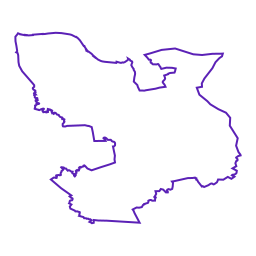 Zaļesjes pag., Zilupes, Latvia (Natural Earth projection)
{"feature_id": "27541924B33285860517164", "entity_name": "Zaļesjes pag.", "entity_type": "district", "adm_level": 2, "iso_a3": "LVA", "parent_name": "Latvia", "parent_adm1": "Zilupes", "projection": "natural_earth1", "projection_center": [28.074, 56.351], "detail": "fine", "context": "isolated", "style": "outline", "palette": "violet", "viewbox_px": 256, "rotation_deg": 0, "n_neighbors": 0, "source": "geoboundaries", "source_scale": "gbopen_adm2", "svg_char_len": 5642}
<svg xmlns="http://www.w3.org/2000/svg" viewBox="0 0 256 256"><path d="M107.0,220.7L139.6,222.7L134.6,213.2L133.5,210.6L132.7,209.5L136.6,207.5L139.1,207.7L141.8,207.1L143.1,204.9L144.3,204.4L144.2,204.0L147.9,202.9L148.4,201.9L148.3,200.8L148.5,200.6L150.1,200.0L151.0,200.0L152.2,200.7L155.0,200.6L155.2,198.1L154.9,197.8L155.5,197.6L155.4,197.4L155.5,197.3L155.0,196.9L155.3,196.8L154.9,196.2L156.2,193.9L155.5,191.2L159.4,191.1L160.8,189.0L163.2,189.6L165.9,192.4L167.8,192.4L167.9,192.0L166.9,190.4L167.4,189.6L168.6,189.1L170.4,189.7L172.2,188.9L172.7,186.5L173.0,182.9L172.0,181.5L174.0,181.2L187.8,178.1L192.6,178.0L195.0,177.6L195.3,178.0L195.7,178.1L195.5,178.4L196.1,178.8L196.4,178.8L196.3,179.7L197.4,180.2L197.9,181.5L201.3,185.8L201.9,186.5L202.2,186.2L202.7,186.1L204.1,187.0L208.4,185.2L210.3,183.9L211.3,183.5L212.2,183.6L213.3,184.3L213.7,184.4L214.5,184.0L216.8,182.4L217.2,181.8L218.1,179.5L223.3,179.7L227.8,176.9L231.4,178.8L234.4,176.7L231.9,175.3L232.4,174.8L234.5,174.5L235.9,173.7L236.5,172.9L236.8,170.7L232.5,168.4L236.3,166.2L235.4,163.2L236.2,161.1L237.3,160.6L237.6,160.0L237.4,159.0L236.6,158.4L236.2,157.5L238.3,156.0L240.6,155.4L240.4,154.6L238.5,152.1L236.1,145.7L237.7,138.2L229.8,125.7L230.2,117.8L226.0,112.7L218.4,109.2L210.3,104.3L207.4,101.2L199.4,94.7L196.8,87.7L202.0,86.8L201.8,83.4L204.4,78.5L212.4,68.2L215.5,62.2L219.4,58.1L222.0,56.3L222.8,53.6L220.8,53.7L212.5,53.8L202.1,55.0L193.3,54.3L175.1,48.5L161.6,49.9L149.8,53.5L144.7,54.9L147.3,57.6L148.9,59.7L150.5,59.7L150.8,59.9L151.0,60.3L150.5,61.8L150.8,62.7L151.9,63.2L152.2,63.8L152.9,64.3L156.6,64.4L158.0,64.0L158.5,64.3L159.7,66.2L160.5,67.2L160.6,67.7L161.3,68.9L166.3,67.7L167.5,67.7L171.9,67.8L175.7,68.5L175.0,71.4L174.5,72.6L170.0,73.0L168.2,73.7L168.1,74.2L164.2,75.5L164.9,77.4L165.1,78.7L164.6,79.6L162.9,81.4L162.7,82.1L162.8,82.5L164.6,84.8L165.5,86.8L159.6,87.6L155.5,88.7L145.6,90.3L144.7,90.6L139.6,90.5L137.9,87.0L137.3,85.0L133.8,81.6L134.4,77.2L135.0,74.6L135.1,73.5L134.9,71.8L133.6,69.7L133.7,69.0L132.3,67.1L131.3,65.1L132.3,62.3L132.1,61.5L130.2,60.5L129.9,59.7L128.0,58.5L128.3,59.4L127.8,60.0L124.8,62.1L123.3,62.6L122.4,62.4L121.4,62.8L120.4,62.8L116.5,61.7L116.3,62.9L104.8,61.8L102.3,61.4L100.7,60.9L97.9,59.5L94.7,56.8L94.7,57.2L93.8,56.5L94.1,56.4L93.3,55.7L91.6,53.8L88.3,51.4L87.9,51.6L86.7,50.9L87.1,50.6L86.2,49.7L86.5,49.5L85.0,47.4L84.4,46.0L83.8,46.1L79.9,40.3L77.7,38.0L76.4,37.0L76.2,37.2L71.6,34.9L69.8,34.4L61.4,33.1L55.7,32.8L48.0,33.5L44.9,34.0L42.7,34.1L42.7,33.9L32.9,34.7L32.9,35.1L28.9,35.4L26.1,35.3L26.3,35.0L24.6,34.8L24.5,35.1L21.1,34.5L21.2,34.4L19.7,34.0L18.0,33.3L17.3,34.4L15.4,36.7L15.4,38.2L15.5,41.3L16.4,45.9L17.2,51.1L16.2,52.3L17.5,52.9L18.0,54.4L18.2,55.4L18.5,62.1L19.2,65.8L22.2,71.3L33.0,83.7L34.2,85.2L34.2,86.8L32.9,87.9L32.8,88.3L32.9,88.8L33.5,89.6L35.3,90.6L35.2,91.3L35.5,92.0L34.8,92.2L34.8,92.8L34.2,93.0L34.0,93.4L34.3,93.7L35.2,93.7L35.8,94.5L34.4,94.6L34.1,94.9L34.1,95.2L34.8,95.9L34.8,97.4L35.7,98.1L37.1,98.0L37.4,98.3L37.2,99.1L37.7,100.0L37.2,100.2L35.9,100.0L35.6,100.3L35.7,101.1L36.9,102.1L36.6,102.7L36.5,103.2L37.3,103.3L38.6,103.1L39.1,103.5L39.0,103.8L38.6,104.0L36.9,104.0L36.6,104.8L35.1,105.5L35.0,105.9L35.3,106.8L34.7,108.4L34.7,108.8L35.6,109.1L36.2,109.1L37.0,109.5L37.9,109.5L38.3,109.9L39.4,110.1L40.9,109.3L43.1,108.6L43.7,108.7L43.9,108.9L43.7,109.3L42.5,110.5L42.4,110.8L43.2,111.6L43.1,111.9L43.3,112.2L43.7,112.2L45.2,111.8L46.1,112.4L46.3,112.2L46.2,111.7L47.1,111.6L47.4,111.7L47.6,112.1L48.0,112.0L48.0,111.8L47.6,111.1L47.6,110.8L48.1,110.5L47.6,110.0L47.9,109.5L47.9,109.0L50.3,109.6L50.7,110.3L51.3,110.1L51.6,110.2L52.2,110.8L51.7,112.1L52.2,113.3L53.6,112.9L53.5,113.7L53.7,113.9L55.1,112.9L55.6,112.9L57.1,114.6L58.7,114.9L59.0,115.7L60.0,116.8L61.2,117.3L61.8,117.3L62.4,117.7L62.1,118.7L62.2,119.1L62.5,119.1L63.0,119.0L63.9,119.1L64.4,119.4L64.4,119.8L64.1,120.3L64.0,120.8L64.0,121.4L64.4,121.8L64.1,122.4L62.7,123.9L62.7,125.6L62.9,126.2L63.1,126.4L65.2,126.5L67.1,125.9L84.9,125.2L88.2,126.0L88.7,125.9L91.7,127.1L92.8,132.2L94.3,141.0L105.6,140.9L104.9,139.4L103.5,138.3L103.6,137.9L103.9,137.7L104.9,137.5L106.3,138.2L107.9,139.9L110.7,139.8L111.3,140.3L111.7,141.0L112.5,141.5L114.0,141.8L114.7,142.4L115.0,143.0L115.1,143.9L115.0,145.4L113.8,146.5L113.0,146.5L114.9,155.6L114.5,159.3L115.0,162.5L109.7,164.4L100.8,167.2L91.6,170.3L87.4,168.5L85.5,166.4L84.4,165.4L84.0,165.5L84.1,165.9L84.3,166.0L83.9,166.3L83.4,166.5L82.6,166.4L81.5,167.3L81.1,167.4L80.2,166.9L79.5,167.2L79.2,167.6L79.6,167.9L79.6,168.5L79.5,169.0L78.7,169.4L78.9,170.4L77.7,170.7L77.3,170.6L76.9,170.1L76.6,170.2L75.8,171.0L76.5,172.8L75.0,173.9L74.9,174.2L75.8,174.8L75.8,175.1L75.4,175.5L75.2,176.0L74.8,176.4L74.0,175.6L74.0,174.7L73.7,174.0L72.4,173.3L72.2,172.9L72.6,171.7L71.1,171.5L69.9,170.6L69.0,170.2L68.6,170.2L67.8,170.7L66.9,169.8L66.5,169.0L65.9,168.5L65.0,168.6L63.7,167.5L61.3,167.2L61.2,167.3L63.2,169.4L63.0,169.9L62.6,170.3L61.5,171.0L61.4,171.3L61.5,171.8L60.6,173.2L60.9,174.9L60.7,175.1L59.7,175.3L58.8,175.0L56.3,175.3L56.1,175.6L56.1,175.8L56.9,176.6L56.6,177.9L56.0,178.0L55.0,177.6L53.7,177.6L50.9,179.5L61.1,188.2L71.3,195.4L69.6,196.4L71.1,197.7L72.4,198.3L72.6,198.6L72.5,199.6L72.0,200.3L70.6,200.4L70.0,200.7L69.7,201.2L69.5,202.7L69.1,203.3L71.4,204.5L69.8,206.6L70.4,208.6L74.8,210.6L75.4,211.4L77.6,211.4L78.3,211.8L79.7,212.1L79.8,212.3L79.7,213.3L79.3,214.3L79.6,215.2L79.1,215.9L83.5,217.1L84.1,218.2L86.2,218.3L86.8,218.8L88.0,218.6L88.7,219.2L89.4,219.3L90.2,219.2L91.5,220.2L89.5,221.9L91.1,222.6L91.9,223.2L93.7,222.8L93.8,220.0L98.2,220.5L107.0,220.7Z" fill="none" stroke="#5b21b6" stroke-width="2"/></svg>